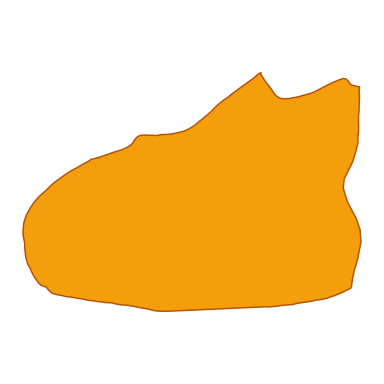 Mudiyah, Abyan, Yemen (orthographic projection)
{"feature_id": "15242507B27730634492451", "entity_name": "Mudiyah", "entity_type": "district", "adm_level": 2, "iso_a3": "YEM", "parent_name": "Yemen", "parent_adm1": "Abyan", "projection": "orthographic", "projection_center": [46.206, 13.949], "detail": "fine", "context": "isolated", "style": "filled", "palette": "amber", "viewbox_px": 384, "rotation_deg": 0, "n_neighbors": 0, "source": "geoboundaries", "source_scale": "gbopen_adm2", "svg_char_len": 4189}
<svg xmlns="http://www.w3.org/2000/svg" viewBox="0 0 384 384"><path d="M359.5,86.9L359.3,86.8L355.8,86.1L352.2,85.2L349.8,83.7L348.5,81.2L345.9,78.9L343.1,78.6L339.8,79.6L336.4,80.9L333.5,82.2L330.8,83.5L328.0,84.8L325.3,86.1L321.7,88.0L318.9,89.6L315.7,91.2L312.8,92.6L310.0,93.5L307.2,94.3L303.9,95.2L300.7,96.1L297.9,96.9L294.2,97.6L290.6,98.3L287.5,98.7L284.5,98.7L281.3,98.5L278.2,97.3L275.8,95.5L274.0,93.2L272.3,90.5L270.5,88.1L268.7,85.6L266.7,83.2L264.9,80.7L263.3,78.2L261.6,75.5L261.0,74.2L260.9,72.8L258.8,73.7L257.1,75.0L255.5,76.4L253.8,77.9L252.2,79.2L250.4,80.5L248.3,82.0L246.2,83.5L244.3,84.8L242.5,86.2L240.7,87.5L238.8,88.8L237.0,90.2L235.2,91.5L233.4,92.8L231.4,94.3L229.7,95.8L228.0,97.2L226.3,98.4L224.2,99.8L222.3,101.1L220.6,102.5L218.6,104.2L217.0,105.6L215.4,107.1L213.8,108.6L212.2,110.3L210.7,111.9L209.0,113.3L207.3,114.9L205.5,116.4L203.6,118.0L201.9,119.4L199.9,120.9L198.2,122.4L196.5,123.8L194.9,125.1L193.0,126.4L190.7,127.8L188.9,128.9L186.5,130.1L184.2,131.0L182.2,131.6L179.9,132.3L177.8,132.7L175.5,133.2L173.3,133.6L171.1,134.0L168.3,134.4L166.1,134.4L164.0,134.5L161.7,134.6L159.3,135.0L157.2,135.5L155.1,135.4L152.9,135.3L150.5,135.3L150.4,135.3L148.4,135.3L146.0,135.1L143.9,135.1L141.7,135.2L139.5,135.7L137.6,136.7L135.9,138.3L134.3,140.4L133.2,142.3L131.8,144.1L130.1,145.4L128.4,146.6L126.5,147.7L124.4,148.6L122.4,149.6L120.2,150.2L118.1,150.9L115.7,151.6L113.4,152.3L111.2,153.1L108.8,154.0L106.8,154.7L104.8,155.4L102.7,156.1L100.4,156.9L98.2,157.5L96.1,158.1L93.9,158.8L91.9,159.3L90.6,159.4L90.2,160.2L87.8,161.6L85.8,162.7L83.9,163.7L82.0,164.8L79.7,166.1L77.5,167.4L75.3,168.5L73.2,169.6L71.0,170.8L68.7,172.3L66.4,173.8L64.0,175.4L62.4,176.7L60.7,177.9L58.6,179.5L56.1,181.2L54.3,182.6L52.4,184.1L50.5,186.0L48.6,187.8L47.1,189.5L45.2,191.1L43.1,192.9L41.4,194.3L39.8,195.9L38.0,197.8L36.0,200.1L34.5,201.9L33.1,203.7L31.7,205.9L30.5,207.6L29.2,210.0L28.1,211.8L27.0,213.9L26.1,215.8L25.2,218.3L24.5,220.7L23.9,222.7L23.5,224.8L23.4,227.0L23.1,229.5L23.1,231.8L23.0,234.4L23.3,236.7L23.9,239.2L24.3,241.3L24.7,243.6L24.7,246.1L24.8,248.5L25.0,251.0L25.4,253.1L25.5,255.4L25.8,257.5L26.5,259.7L27.1,262.0L27.9,264.4L28.9,266.2L30.1,268.5L30.4,268.9L32.1,272.9L34.3,277.0L37.7,281.7L39.5,284.0L41.0,285.2L44.4,286.5L44.6,286.5L44.8,286.7L45.5,286.8L45.9,287.0L46.2,287.3L47.0,287.9L48.2,289.7L49.9,291.4L51.8,293.1L53.8,293.8L55.9,294.3L58.1,294.9L60.4,295.2L62.4,295.7L64.6,296.2L66.8,296.6L69.7,296.9L72.0,297.3L74.7,297.7L77.2,298.3L79.8,298.6L82.0,299.0L84.5,299.5L86.6,299.9L89.1,300.4L91.8,300.7L94.2,301.0L96.6,301.3L99.0,301.7L101.2,301.9L104.1,302.4L106.6,302.6L109.1,302.7L111.3,302.7L113.8,303.5L115.9,303.9L118.4,304.4L120.9,304.8L123.0,305.0L125.7,305.1L128.0,305.2L130.1,305.8L132.3,306.2L134.6,306.5L137.1,307.0L139.4,307.5L141.9,307.9L144.2,308.3L146.7,308.8L149.1,309.3L151.3,309.9L153.6,310.5L155.9,310.8L158.2,311.1L160.7,311.2L163.0,311.2L165.2,311.2L167.4,311.2L169.1,311.2L177.6,310.8L264.3,306.8L266.0,306.8L268.2,306.9L270.4,306.8L272.5,306.5L273.5,306.5L274.7,306.5L277.0,306.2L279.1,305.8L281.5,305.5L283.8,305.3L286.3,304.9L288.7,304.8L290.9,304.7L293.0,304.5L295.3,303.8L297.4,303.3L299.6,303.0L301.7,302.7L303.9,302.3L306.0,302.1L308.4,301.7L310.8,301.4L313.0,300.9L315.8,300.2L318.1,299.9L320.3,299.6L322.6,299.2L324.9,298.7L327.1,298.2L329.2,297.4L331.3,296.7L333.4,296.0L335.8,295.2L337.8,294.2L340.0,293.4L342.0,292.5L344.2,291.5L346.1,290.4L348.1,289.5L350.1,288.5L350.8,288.1L351.0,287.6L351.7,285.3L351.8,283.2L352.3,281.0L352.5,278.6L352.9,276.5L353.6,274.3L353.9,272.1L354.4,270.0L354.9,267.6L355.8,265.6L356.5,263.2L357.0,261.0L357.7,258.8L358.2,256.6L358.5,254.3L359.0,252.3L359.4,250.0L359.9,247.6L360.3,245.2L360.7,243.1L361.0,241.8L360.1,229.9L356.2,218.5L347.6,202.2L343.2,187.9L344.2,179.0L349.0,169.1L352.8,161.6L355.7,151.7L357.9,143.4L357.9,141.7L358.0,139.1L358.0,136.6L358.2,134.3L358.5,131.8L358.5,129.6L358.6,127.4L358.6,125.1L358.5,122.6L358.5,120.5L358.5,118.3L358.5,116.0L358.7,113.7L359.0,111.4L359.1,109.0L359.1,106.2L359.2,103.7L359.2,101.4L359.4,99.3L359.5,97.0L359.4,94.4L359.1,92.1L359.2,89.9L359.5,87.8L359.5,86.9Z" fill="#f59e0b" stroke="#b45309" stroke-width="1.5"/></svg>